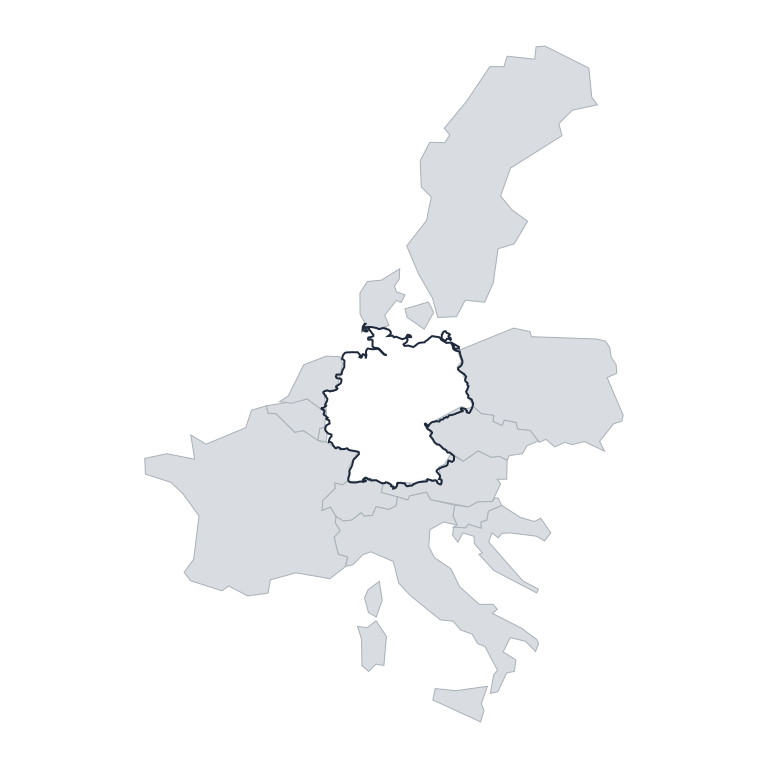 Germany shown with its bordering countries
{"feature_id": "DEU", "entity_name": "Germany", "entity_type": "country or territory", "adm_level": 0, "iso_a3": "DEU", "parent_name": "Europe", "parent_adm1": "", "projection": "natural_earth1", "projection_center": [10.44, 51.169], "detail": "fine", "context": "with_neighbors", "style": "outline", "palette": "slate", "viewbox_px": 768, "rotation_deg": 0, "n_neighbors": 13, "source": "natural_earth", "source_scale": "50m", "svg_char_len": 11470}
<svg xmlns="http://www.w3.org/2000/svg" viewBox="0 0 768 768"><path d="M326.3,441.7L334.1,447.3L358.2,451.3L349.5,465.9L347.2,481.3L342.5,484.9L334.8,483.0L335.3,488.4L322.7,500.6L322.2,510.4L330.4,507.0L336.1,516.5L335.3,522.6L340.2,530.7L334.2,537.3L338.4,554.2L347.7,556.9L345.6,566.4L329.8,578.7L295.8,572.8L270.4,579.9L268.0,593.1L247.8,595.9L228.6,586.0L222.1,590.8L190.6,580.8L184.1,572.3L193.7,559.2L199.0,515.9L182.6,493.3L170.7,482.3L145.4,474.1L144.8,458.4L166.8,453.7L194.7,459.3L190.8,435.0L206.1,444.2L245.8,427.6L251.5,410.1L266.2,405.9L268.3,413.3L276.0,413.7L294.8,432.2L303.4,430.6L321.4,442.2L326.3,441.7ZM368.1,589.7L379.3,581.3L382.2,600.1L376.3,617.0L368.5,612.6L364.5,597.8L368.1,589.7Z" fill="#d9dde1" stroke="#a8b0b8" stroke-width="1"/><path d="M406.7,245.9L426.5,220.5L431.3,197.0L421.3,186.9L420.2,160.7L429.8,142.3L444.8,142.7L449.8,135.0L444.2,128.3L466.7,101.2L489.8,66.6L503.9,66.7L507.2,56.2L534.7,59.2L536.1,46.8L545.0,46.1L588.8,68.1L591.8,97.3L597.4,104.8L572.3,110.2L558.8,123.7L562.0,135.6L510.5,168.1L500.6,196.0L512.2,210.1L527.6,221.2L514.2,243.9L498.1,248.7L493.2,282.9L484.7,302.2L465.2,300.2L456.5,316.6L437.8,317.5L432.5,298.0L418.9,274.7L406.7,245.9Z" fill="#d9dde1" stroke="#a8b0b8" stroke-width="1"/><path d="M609.8,347.7L611.1,356.9L616.2,364.9L616.7,373.3L607.1,377.6L623.2,415.3L621.8,421.2L613.7,423.7L599.6,441.4L604.5,451.1L584.4,441.6L572.5,444.6L564.5,442.4L554.8,447.0L546.0,439.4L539.2,442.3L530.2,430.5L517.7,429.2L515.9,422.6L504.4,420.2L502.1,425.7L492.9,421.3L493.8,415.4L481.3,413.6L473.3,406.7L466.3,393.2L467.4,385.9L463.1,374.7L457.0,367.2L461.5,361.6L457.4,350.9L513.7,328.1L530.0,331.6L531.4,336.7L597.0,339.0L605.5,341.2L609.8,347.7Z" fill="#d9dde1" stroke="#a8b0b8" stroke-width="1"/><path d="M507.1,460.3L506.7,479.2L497.2,479.3L500.6,483.9L492.2,501.5L477.3,502.0L468.8,506.9L430.4,499.7L426.5,492.2L409.8,495.9L407.8,500.0L381.2,492.4L383.2,483.3L388.3,482.1L396.8,488.1L399.2,482.4L414.2,483.3L426.2,479.5L434.3,480.1L439.7,484.6L441.2,480.9L438.7,466.9L444.7,464.2L450.5,454.3L463.1,461.2L478.2,450.8L491.4,457.3L499.3,456.2L507.1,460.3Z" fill="#d9dde1" stroke="#a8b0b8" stroke-width="1"/><path d="M501.7,505.4L520.2,517.3L534.4,521.5L540.7,518.2L550.8,532.8L544.5,541.0L536.6,536.2L509.9,532.9L501.9,533.4L498.3,537.9L492.0,532.9L488.6,541.9L522.8,580.9L538.4,589.2L536.6,592.9L493.8,570.5L479.0,554.4L482.4,552.8L474.4,543.7L474.0,536.3L462.9,532.9L457.8,542.3L452.6,535.0L453.5,527.1L465.4,527.8L468.5,524.2L481.1,528.1L480.9,522.1L486.8,519.9L488.3,511.1L501.7,505.4Z" fill="#d9dde1" stroke="#a8b0b8" stroke-width="1"/><path d="M383.2,483.3L381.2,492.4L397.5,496.9L396.2,505.8L388.7,509.5L376.1,506.7L372.3,515.5L364.2,516.2L361.3,512.7L351.6,520.1L343.4,521.1L336.1,516.5L330.4,507.0L322.2,510.4L322.7,500.6L335.3,488.4L334.8,483.0L342.5,484.9L347.2,481.3L361.6,481.4L365.1,476.7L383.2,483.3Z" fill="#d9dde1" stroke="#a8b0b8" stroke-width="1"/><path d="M324.2,427.5L327.4,432.4L326.3,441.7L317.7,440.3L319.8,428.3L324.2,427.5Z" fill="#d9dde1" stroke="#a8b0b8" stroke-width="1"/><path d="M326.4,413.2L324.2,427.5L319.8,428.3L317.7,440.3L303.4,430.6L294.8,432.2L276.0,413.7L268.3,413.3L266.2,405.9L307.1,398.9L326.4,413.2Z" fill="#d9dde1" stroke="#a8b0b8" stroke-width="1"/><path d="M339.8,356.7L342.7,363.8L338.3,383.0L334.0,391.0L324.0,391.0L326.4,413.2L307.1,398.9L291.6,403.3L279.6,401.7L288.3,395.9L303.6,364.9L326.2,356.1L339.8,356.7Z" fill="#d9dde1" stroke="#a8b0b8" stroke-width="1"/><path d="M397.5,496.9L407.8,500.0L409.8,495.9L426.5,492.2L430.4,499.7L454.8,505.2L453.1,515.9L457.3,525.1L443.6,522.0L429.8,529.7L428.8,546.7L434.5,557.7L450.8,568.7L459.7,586.8L479.3,604.4L493.0,604.3L497.3,609.1L492.5,613.5L521.3,628.1L536.7,639.5L538.6,643.6L535.5,651.5L525.5,641.3L510.2,637.6L503.1,651.9L516.0,660.0L514.2,671.5L506.8,672.8L497.8,691.7L490.4,693.4L493.7,674.9L497.5,670.2L484.8,646.3L477.5,643.6L472.2,634.1L460.8,630.1L453.2,621.2L440.2,619.8L410.5,595.7L398.7,583.1L393.3,561.5L370.8,551.8L362.8,554.7L352.8,564.8L345.6,566.4L347.7,556.9L338.4,554.2L334.2,537.3L340.2,530.7L335.3,522.6L336.1,516.5L343.4,521.1L351.6,520.1L361.3,512.7L364.2,516.2L372.3,515.5L376.1,506.7L388.7,509.5L396.2,505.8L397.5,496.9ZM455.9,690.7L487.4,686.3L481.3,703.7L484.0,710.6L480.5,721.9L432.8,700.0L435.2,688.6L455.9,690.7ZM367.2,627.6L376.0,620.8L386.4,636.4L383.9,665.5L375.9,664.1L368.7,671.4L362.0,665.6L361.5,639.0L357.6,626.5L367.2,627.6Z" fill="#d9dde1" stroke="#a8b0b8" stroke-width="1"/><path d="M389.1,325.4L378.7,328.5L366.5,325.8L360.1,314.3L359.9,293.2L367.3,281.5L381.3,280.2L399.7,268.8L399.2,279.3L394.4,286.0L396.4,291.8L405.0,294.9L401.1,302.6L396.4,300.4L384.7,315.3L389.1,325.4ZM428.4,302.0L433.7,312.4L424.2,329.2L407.2,317.4L404.9,308.9L428.4,302.0Z" fill="#d9dde1" stroke="#a8b0b8" stroke-width="1"/><path d="M454.8,505.2L468.8,506.9L477.3,502.0L492.2,501.5L495.3,497.8L498.2,498.1L501.7,505.4L488.3,511.1L486.8,519.9L480.9,522.1L481.1,528.1L468.5,524.2L465.4,527.8L453.5,527.1L457.3,525.1L453.1,515.9L454.8,505.2Z" fill="#d9dde1" stroke="#a8b0b8" stroke-width="1"/><path d="M473.3,406.7L481.3,413.6L493.8,415.4L492.9,421.3L502.1,425.7L504.4,420.2L515.9,422.6L517.7,429.2L530.2,430.5L538.2,441.0L527.0,445.8L522.5,453.7L509.4,455.6L507.1,460.3L499.3,456.2L491.4,457.3L478.2,450.8L463.1,461.2L432.3,439.9L427.5,424.6L461.6,406.5L466.0,409.0L473.3,406.7Z" fill="#d9dde1" stroke="#a8b0b8" stroke-width="1"/><path d="M382.0,483.3L376.2,480.2L371.1,480.5L370.3,479.5L369.6,479.2L369.0,479.6L368.5,479.6L366.7,478.1L365.9,477.9L364.9,478.1L363.6,478.9L363.0,479.8L363.2,480.4L363.9,480.6L365.6,480.4L365.8,480.6L365.9,480.9L365.7,481.2L364.3,481.4L363.9,481.8L363.5,481.9L361.8,481.6L359.6,481.6L357.8,482.2L355.0,482.5L351.1,482.4L348.9,481.6L348.3,480.1L348.4,478.0L349.4,475.1L349.7,473.0L349.3,471.7L349.9,469.7L351.4,467.1L352.4,464.3L353.0,461.4L353.7,459.4L355.2,458.1L358.9,454.1L358.8,452.2L356.6,451.4L350.0,450.3L348.6,449.8L347.4,448.4L346.6,448.4L345.0,448.9L343.1,449.2L341.8,448.9L340.9,449.0L340.4,449.2L340.2,449.0L339.8,447.8L338.0,447.2L337.3,447.3L336.8,447.9L336.0,448.3L335.4,448.2L332.7,444.8L332.6,444.2L332.1,443.2L330.8,442.2L329.6,441.8L328.9,442.0L329.0,440.7L329.6,438.8L330.0,437.8L330.7,437.1L331.4,436.5L331.5,435.5L331.5,434.6L328.8,433.7L327.6,433.0L325.7,430.8L325.2,429.5L325.3,428.3L325.5,427.3L326.4,425.3L329.6,423.5L329.3,421.7L329.3,420.7L328.5,419.9L327.0,419.6L326.6,419.1L326.4,418.7L327.6,417.6L326.3,416.7L325.7,415.8L323.8,414.7L323.6,414.3L324.6,411.0L323.9,410.1L323.1,409.6L322.1,409.3L321.6,408.9L321.5,408.4L321.7,408.0L322.9,408.1L326.1,405.9L326.2,405.5L325.3,405.2L325.2,404.3L326.8,401.5L327.2,400.3L327.3,399.5L327.3,398.6L325.6,396.3L325.6,395.5L325.0,395.1L323.3,392.9L323.4,392.0L324.4,391.3L327.0,390.4L329.1,391.0L330.1,391.5L331.2,390.8L332.8,390.9L336.5,389.7L337.1,389.1L337.5,388.5L337.5,388.3L336.1,387.1L336.1,386.6L336.3,386.1L336.7,385.8L337.5,385.5L338.4,385.0L340.5,383.5L341.2,382.2L341.5,379.8L341.0,379.0L340.4,378.5L338.2,378.5L336.8,378.1L336.1,377.3L335.9,376.7L336.3,376.3L336.4,375.7L336.2,375.2L336.3,374.8L336.9,374.5L341.2,374.5L341.6,374.1L341.9,372.1L343.0,369.2L344.1,367.5L344.3,366.8L344.3,362.9L344.5,360.9L343.7,359.9L342.1,358.9L342.5,356.8L343.1,355.1L344.7,353.1L346.0,352.5L351.7,352.2L357.8,352.3L360.4,355.4L359.4,357.0L360.9,357.7L361.6,357.4L362.2,356.1L362.6,354.5L363.1,354.1L365.0,355.2L365.7,356.0L365.7,358.5L366.4,355.1L365.9,352.7L366.3,350.4L367.1,349.2L367.8,348.5L372.4,349.3L377.4,348.8L379.3,349.7L383.5,354.2L385.0,354.9L386.8,355.2L384.3,354.2L379.1,348.8L377.6,348.1L375.2,347.9L373.7,347.4L372.7,346.6L372.5,345.8L372.6,340.4L371.7,339.6L370.5,339.3L369.8,339.7L368.3,339.7L368.0,338.5L368.4,337.5L371.4,336.9L373.3,336.1L373.4,334.6L372.2,333.5L370.7,331.3L369.0,329.3L368.9,327.0L372.6,327.2L377.2,328.2L378.3,329.0L379.7,329.0L382.2,328.3L384.1,328.0L384.9,328.5L386.1,328.6L386.2,329.0L388.6,329.6L389.6,330.5L390.7,331.8L390.8,333.7L389.4,335.1L388.2,336.0L392.7,335.7L393.8,337.3L396.2,336.7L402.2,339.2L405.8,338.0L406.8,337.9L407.6,340.0L406.7,342.1L403.5,344.3L404.2,345.6L405.2,345.9L408.3,345.6L413.1,347.0L414.1,346.6L418.0,343.5L419.5,342.8L424.6,342.3L425.6,341.1L427.6,339.9L428.9,338.6L432.1,336.1L439.5,337.3L441.4,339.9L446.4,342.9L450.9,342.6L452.5,345.4L453.3,348.9L454.7,350.0L455.9,350.7L459.7,351.5L460.4,355.1L462.4,360.8L462.4,362.6L461.8,364.6L460.6,366.2L459.0,367.2L458.1,368.2L457.9,369.3L460.0,371.4L464.3,374.2L466.1,376.7L465.4,378.7L465.1,380.3L465.5,381.2L466.2,382.0L467.2,382.6L467.7,383.5L467.5,384.7L467.7,385.5L468.5,386.1L468.1,387.2L467.3,389.8L466.1,391.4L466.5,392.7L467.5,394.2L468.2,395.0L468.5,395.7L468.1,397.5L468.3,397.9L471.3,399.2L471.8,399.8L472.1,401.0L473.2,403.6L472.4,407.0L471.7,408.8L469.8,412.4L469.3,412.9L468.6,412.9L467.5,412.6L466.7,412.1L466.9,410.8L466.4,410.7L465.8,410.0L465.6,409.1L464.9,408.8L461.8,408.2L461.2,408.4L460.8,409.0L461.5,410.0L462.8,410.8L462.7,411.2L459.9,412.0L458.2,412.8L456.6,413.2L454.9,414.1L451.7,415.0L449.3,415.3L448.8,415.5L447.9,417.1L447.3,417.5L446.3,417.0L445.7,417.3L445.1,417.8L444.5,418.0L444.0,418.0L443.1,419.4L440.3,419.8L439.5,421.4L439.1,421.6L437.9,421.3L436.2,421.1L435.2,421.6L434.0,421.8L432.6,421.9L431.0,422.8L429.4,424.5L428.6,425.9L428.1,426.4L427.3,425.1L425.7,423.6L425.1,423.6L424.9,423.8L425.0,424.6L425.6,425.7L426.4,426.5L426.9,428.2L428.1,429.4L429.9,430.3L431.1,431.2L432.1,432.5L432.1,432.9L431.8,433.4L430.1,435.8L430.4,436.4L431.9,438.0L432.9,439.3L434.2,441.8L435.0,442.8L437.2,444.6L439.0,444.6L440.8,446.1L442.8,448.3L444.2,449.3L445.3,449.6L446.1,450.3L447.2,452.1L447.8,452.6L449.6,452.5L452.0,454.3L453.4,455.6L454.2,456.6L454.0,457.1L454.0,459.7L453.7,460.5L452.7,461.4L451.9,461.9L448.7,460.6L448.3,461.0L447.5,464.6L446.9,465.3L446.0,466.0L442.0,467.2L438.9,468.7L437.5,469.6L436.6,470.8L436.6,471.5L439.9,475.5L440.0,477.2L439.0,479.1L441.3,479.6L441.7,480.5L441.6,482.2L441.3,483.7L441.0,484.3L440.3,484.4L438.7,483.7L437.6,483.0L437.1,482.5L437.1,481.9L437.3,481.6L436.9,480.9L435.4,480.2L433.9,480.5L432.8,480.9L432.0,480.9L431.2,480.3L430.0,479.8L427.4,479.2L427.2,479.4L427.3,480.7L427.0,481.3L419.1,482.1L416.7,482.8L414.9,483.7L413.6,484.1L413.3,484.7L412.0,485.5L410.5,485.7L410.2,485.5L407.7,486.2L406.6,486.1L405.2,484.5L404.8,483.8L404.8,483.4L402.6,483.3L401.2,482.8L398.2,483.0L397.5,482.8L397.3,483.0L396.9,485.7L396.3,486.7L395.3,487.9L394.1,488.5L393.1,488.6L393.2,487.8L393.4,486.8L391.7,486.5L391.1,486.2L391.3,485.4L391.0,485.0L390.6,484.4L389.5,483.7L387.3,482.7L385.8,482.2L385.2,482.8L384.1,483.3L382.4,483.1L382.0,483.3ZM450.5,337.9L451.0,339.3L450.5,340.0L448.7,338.8L446.9,338.8L445.8,340.6L445.0,340.7L442.1,339.0L441.7,338.2L441.6,337.6L441.9,335.2L441.8,334.5L442.7,333.7L442.8,332.5L444.4,331.3L445.8,331.3L446.2,332.3L446.9,333.0L449.3,333.8L449.6,334.2L449.9,334.7L448.8,335.7L448.4,336.2L448.8,337.0L450.5,337.9ZM458.9,346.9L458.7,347.5L458.9,348.5L458.2,348.5L456.2,348.7L454.2,348.4L453.8,347.1L454.1,345.9L453.3,345.1L452.6,344.6L452.4,343.9L452.5,343.2L458.9,346.9ZM363.0,329.4L362.6,329.9L362.8,326.9L364.6,323.8L365.3,323.9L364.6,324.7L364.3,325.3L364.0,326.5L364.2,327.1L368.2,327.3L367.7,327.8L363.6,328.2L363.0,329.4ZM411.1,337.1L408.7,337.2L407.7,336.3L406.7,336.1L407.3,335.1L407.9,334.7L410.3,335.4L411.1,336.7L411.1,337.1ZM367.5,331.0L366.8,331.5L365.3,331.4L364.4,331.0L364.7,330.4L365.6,330.1L366.2,330.0L367.3,330.2L367.5,331.0Z" fill="none" stroke="#1e293b" stroke-width="2"/></svg>